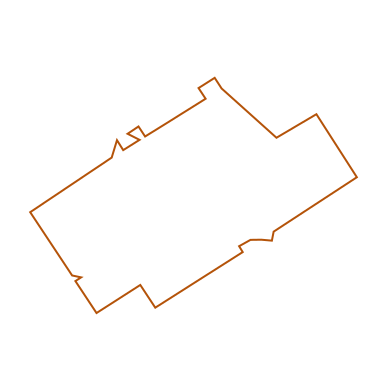 Pickens, Georgia, United States of America, rotated 327°
{"feature_id": "52423323B6766402931350", "entity_name": "Pickens", "entity_type": "district", "adm_level": 2, "iso_a3": "USA", "parent_name": "United States of America", "parent_adm1": "Georgia", "projection": "robinson", "projection_center": [-84.473, 34.468], "detail": "fine", "context": "isolated", "style": "outline", "palette": "amber", "viewbox_px": 384, "rotation_deg": 327, "n_neighbors": 0, "source": "geoboundaries", "source_scale": "gbopen_adm2", "svg_char_len": 506}
<svg xmlns="http://www.w3.org/2000/svg" viewBox="0 0 384 384"><g transform="rotate(327 192 192)"><path d="M45.3,120.8L46.0,196.7L52.5,203.2L45.7,203.2L46.0,241.5L98.0,241.8L98.2,269.0L201.8,270.0L202.0,263.1L215.0,264.0L224.2,269.8L232.5,276.3L238.9,269.7L338.3,269.4L338.7,194.5L292.4,192.5L273.2,121.3L273.2,108.6L254.1,108.4L254.2,121.2L205.6,120.4L182.9,119.9L182.8,107.9L169.7,108.1L176.4,119.7L157.1,119.4L157.3,107.7L143.4,119.4L45.3,120.8Z" fill="none" stroke="#b45309" stroke-width="2"/></g></svg>